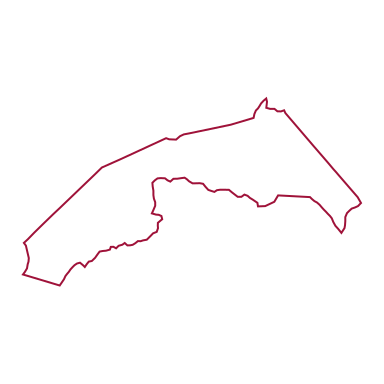 outline of Antônio Gonçalves, Bahia, Brazil
{"feature_id": "56859067B38466194714379", "entity_name": "Antônio Gonçalves", "entity_type": "district", "adm_level": 2, "iso_a3": "BRA", "parent_name": "Brazil", "parent_adm1": "Bahia", "projection": "mercator", "projection_center": [-40.353, -10.606], "detail": "fine", "context": "isolated", "style": "outline", "palette": "rose", "viewbox_px": 384, "rotation_deg": 0, "n_neighbors": 0, "source": "geoboundaries", "source_scale": "gbopen_adm2", "svg_char_len": 2072}
<svg xmlns="http://www.w3.org/2000/svg" viewBox="0 0 384 384"><path d="M361.0,203.0L357.7,197.2L354.5,193.5L338.6,175.1L335.7,171.7L333.6,169.4L327.8,162.5L313.8,146.3L312.0,144.2L285.4,113.1L284.1,110.3L281.0,111.4L277.4,111.3L274.5,108.9L270.2,108.9L266.3,107.8L267.0,101.7L266.2,98.5L263.6,100.7L261.1,103.4L259.5,106.1L258.0,108.4L255.9,110.5L254.4,114.0L253.6,117.9L230.8,124.7L189.1,133.4L183.8,134.4L180.0,136.2L176.1,139.6L169.2,139.3L166.1,138.2L119.9,159.5L101.9,167.5L94.0,175.2L62.2,205.7L59.7,208.1L53.3,214.1L43.7,223.4L34.3,232.6L27.8,239.3L23.9,242.9L25.9,245.6L28.8,258.1L28.5,261.7L27.7,264.2L27.0,268.4L24.9,271.9L23.0,274.5L59.7,285.5L61.5,282.9L64.0,279.2L65.4,276.1L67.0,274.0L68.8,271.9L70.5,269.4L72.6,267.1L74.5,265.2L77.0,263.5L80.0,262.7L83.0,265.2L84.8,267.0L86.7,264.2L88.8,261.6L91.8,261.0L95.1,257.8L97.5,254.4L99.6,251.6L102.6,251.0L106.0,250.7L109.9,249.6L110.8,246.9L113.4,246.8L116.1,248.3L118.6,245.8L122.4,244.7L124.7,243.0L127.4,245.4L130.2,245.3L132.7,244.8L135.3,243.2L137.9,241.1L140.6,241.2L143.0,240.4L146.8,239.7L150.6,235.9L153.1,233.3L156.7,231.9L158.0,228.2L157.8,225.6L157.9,222.8L162.2,219.2L161.4,216.0L158.7,214.8L156.0,214.6L151.9,213.4L153.5,209.8L155.2,205.8L155.2,202.2L153.9,198.6L153.4,195.1L153.4,190.7L152.7,186.5L152.4,182.8L154.9,180.3L157.5,178.4L160.5,178.1L165.0,178.3L167.5,180.3L170.3,181.6L173.4,178.8L177.4,178.7L181.5,178.1L184.6,177.7L186.7,179.1L189.1,181.3L192.5,183.3L195.5,183.3L199.8,183.2L203.1,183.8L205.4,186.7L208.3,189.9L211.2,190.9L214.4,191.9L216.9,190.2L220.3,189.7L228.9,189.8L232.0,192.4L237.7,196.8L241.4,196.8L244.4,194.6L247.6,195.8L249.9,197.9L252.7,199.6L254.9,201.1L257.4,202.8L258.0,206.4L265.2,206.1L274.3,201.8L278.1,195.4L310.0,197.1L311.9,199.0L314.4,201.1L317.0,202.5L319.6,204.8L321.8,207.4L323.7,209.5L325.9,211.7L327.8,213.8L330.0,216.0L331.8,218.3L333.3,222.0L335.4,225.8L338.2,228.9L341.4,232.9L344.5,228.1L345.0,225.3L345.3,221.2L345.3,217.1L347.0,213.1L349.3,210.8L351.7,208.6L354.9,207.5L358.0,206.1L361.0,203.0Z" fill="none" stroke="#9f1239" stroke-width="2"/></svg>